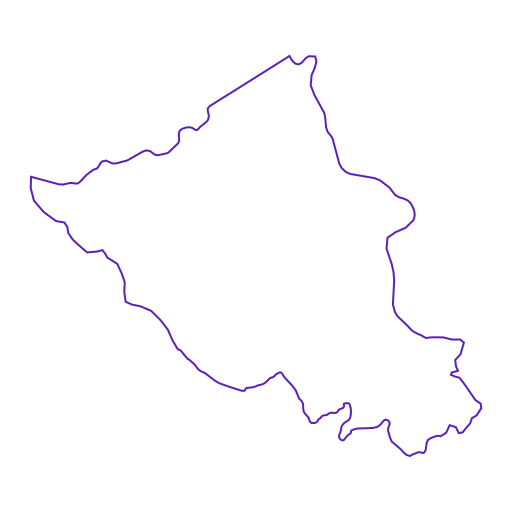 Ladakh, Mercator projection
{"feature_id": "IND-20012", "entity_name": "Ladakh", "entity_type": "Union Territory", "adm_level": 1, "iso_a3": "IND", "parent_name": "India", "parent_adm1": "", "projection": "mercator", "projection_center": [77.875, 33.921], "detail": "fine", "context": "isolated", "style": "outline", "palette": "violet", "viewbox_px": 512, "rotation_deg": 0, "n_neighbors": 0, "source": "natural_earth", "source_scale": "10m", "svg_char_len": 3722}
<svg xmlns="http://www.w3.org/2000/svg" viewBox="0 0 512 512"><path d="M289.5,56.0L291.1,58.9L293.1,61.6L295.5,63.7L298.2,64.4L301.3,63.1L306.1,57.8L309.0,56.2L315.2,56.5L316.4,61.5L314.5,68.6L311.6,75.2L310.7,85.3L314.4,94.9L324.2,112.8L325.2,117.5L326.1,127.3L327.6,131.7L331.9,137.2L332.8,139.5L339.3,163.7L341.7,168.1L345.9,172.0L350.5,174.0L374.5,178.1L380.6,180.7L389.6,187.7L395.0,194.9L399.0,197.2L403.9,198.7L407.7,200.4L410.7,203.3L411.4,204.5L413.4,208.4L414.3,211.3L414.7,214.3L414.4,217.3L413.4,220.2L405.7,227.7L395.5,232.2L387.5,237.7L386.5,248.5L391.7,264.0L393.5,272.1L394.2,280.3L392.9,304.5L394.9,311.9L397.4,316.1L407.0,325.3L407.2,325.5L412.2,330.8L415.2,332.5L418.3,334.1L421.5,335.4L423.8,336.9L426.2,338.0L429.1,337.6L431.7,337.3L443.3,337.4L451.7,339.5L460.1,339.5L463.9,342.6L460.5,354.3L455.2,360.0L456.0,366.4L458.0,370.8L451.7,372.5L451.0,374.9L455.8,376.8L459.5,377.7L465.5,385.6L475.3,400.0L480.6,403.6L481.3,408.2L476.6,415.4L471.9,418.2L470.2,423.3L465.6,428.6L462.6,432.4L458.7,433.1L455.9,427.2L449.7,425.2L446.2,432.7L440.7,436.2L438.6,435.8L436.0,436.2L432.9,437.2L429.9,438.6L427.8,440.2L426.7,443.0L425.6,450.4L423.8,452.9L422.9,453.0L420.1,452.3L418.9,452.1L417.4,452.5L414.8,453.7L413.4,454.1L409.9,456.0L406.5,454.9L403.4,452.2L400.7,449.2L391.8,441.6L390.0,437.6L388.2,431.1L388.0,429.2L388.6,426.9L389.5,424.8L389.7,422.7L388.2,420.5L385.7,419.6L383.7,420.6L380.6,424.4L378.8,426.0L376.9,427.0L372.7,428.0L357.7,428.5L353.5,429.5L351.1,430.8L350.7,433.3L348.3,434.8L343.5,440.3L342.5,440.4L341.5,440.1L340.3,439.2L339.4,437.9L339.0,436.3L339.4,434.4L340.2,432.7L340.7,431.1L341.4,427.4L342.1,425.7L342.6,424.8L343.5,423.7L345.6,422.0L348.3,420.3L349.3,419.3L350.0,418.2L350.3,417.1L350.6,415.6L351.0,411.8L350.9,410.0L350.7,408.1L349.9,405.0L349.5,404.1L349.2,403.6L348.5,403.3L347.8,403.2L345.7,403.3L344.8,403.4L344.0,403.7L343.8,404.2L344.0,406.3L343.6,407.3L342.7,408.1L340.0,409.1L338.8,409.8L337.3,412.0L336.2,412.7L334.5,413.0L332.5,412.7L330.7,412.8L329.3,413.2L326.8,415.0L324.4,415.3L322.6,415.8L321.5,416.5L320.9,417.6L320.3,418.2L319.4,418.6L318.6,419.2L317.9,420.5L316.8,422.0L315.1,422.9L311.5,423.0L310.0,421.7L309.3,420.1L308.8,418.3L307.8,416.7L305.2,413.9L304.1,412.4L303.4,410.4L303.0,403.9L302.4,402.4L301.1,400.4L299.3,398.9L295.6,390.1L292.0,385.4L285.8,378.8L283.4,375.8L282.4,373.9L281.1,372.6L280.2,372.3L279.3,372.5L278.3,373.1L276.3,374.1L276.1,374.2L274.7,375.8L273.9,376.6L273.0,377.2L271.0,377.7L270.1,378.1L269.2,378.9L266.4,381.8L264.9,383.0L263.5,383.8L262.0,384.4L257.6,385.5L255.5,386.5L252.0,387.4L246.7,388.0L246.2,388.2L245.7,388.7L245.0,390.2L244.3,390.8L241.9,390.8L228.3,386.5L219.5,383.3L214.5,380.4L205.2,373.2L200.5,371.0L198.9,369.8L197.5,368.4L195.0,364.9L189.2,359.7L187.2,358.4L180.8,350.7L179.3,349.7L177.8,349.3L172.4,340.1L167.9,329.8L160.7,320.3L151.2,310.9L140.5,306.3L132.0,304.6L125.7,301.8L124.3,292.2L124.7,282.2L121.9,273.9L117.3,263.9L107.5,257.7L105.2,253.8L102.4,250.1L97.5,251.5L87.1,252.4L82.6,248.5L77.2,243.8L72.6,239.4L68.2,232.8L67.3,227.0L64.4,222.5L56.1,221.1L43.9,212.2L33.9,200.6L30.7,188.0L31.1,176.8L58.9,184.3L63.5,184.5L69.7,183.0L71.9,183.0L76.3,183.6L78.3,183.1L80.5,181.3L86.5,174.9L93.4,169.7L96.3,168.8L97.0,168.4L98.4,166.7L100.6,162.9L102.3,161.4L106.0,160.6L112.7,163.5L116.1,163.4L127.4,160.4L142.0,152.0L146.0,150.4L150.0,151.1L154.6,154.5L156.3,155.1L158.1,155.2L167.2,153.2L168.6,152.4L178.2,143.2L179.2,140.7L178.8,133.8L179.6,130.9L182.2,128.8L185.9,127.6L189.6,127.2L192.5,128.0L195.3,129.8L196.9,130.1L198.2,129.1L200.2,126.8L206.6,121.7L208.2,119.5L208.9,115.5L208.0,112.0L207.6,108.8L209.6,106.2L210.3,105.7L249.9,80.9L289.5,56.0Z" fill="none" stroke="#5b21b6" stroke-width="2"/></svg>